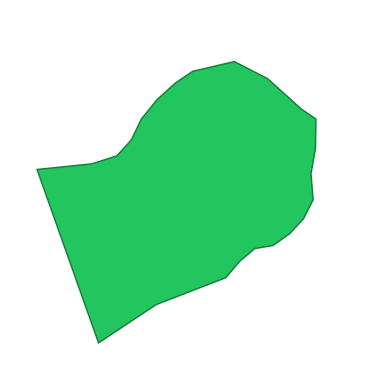 outline of Astara, rotated 162°
{"feature_id": "AZE-1695", "entity_name": "Astara", "entity_type": "District", "adm_level": 1, "iso_a3": "AZE", "parent_name": "Azerbaijan", "parent_adm1": "", "projection": "equal_earth", "projection_center": [48.676, 38.498], "detail": "fine", "context": "isolated", "style": "filled", "palette": "green", "viewbox_px": 384, "rotation_deg": 162, "n_neighbors": 0, "source": "natural_earth", "source_scale": "10m", "svg_char_len": 474}
<svg xmlns="http://www.w3.org/2000/svg" viewBox="0 0 384 384"><g transform="rotate(162 192 192)"><path d="M115.7,303.3L111.5,303.0L85.0,276.3L62.4,237.1L51.6,223.0L61.1,195.3L73.2,172.6L79.2,147.2L94.2,132.1L112.0,122.2L131.5,116.1L149.9,118.8L168.2,111.3L186.3,100.1L260.8,96.0L327.5,77.4L332.4,261.2L332.4,261.3L278.9,249.8L252.3,249.6L233.8,260.1L217.4,277.2L196.4,290.8L174.0,300.8L154.0,306.6L115.7,303.3Z" fill="#22c55e" stroke="#15803d" stroke-width="1.5"/></g></svg>